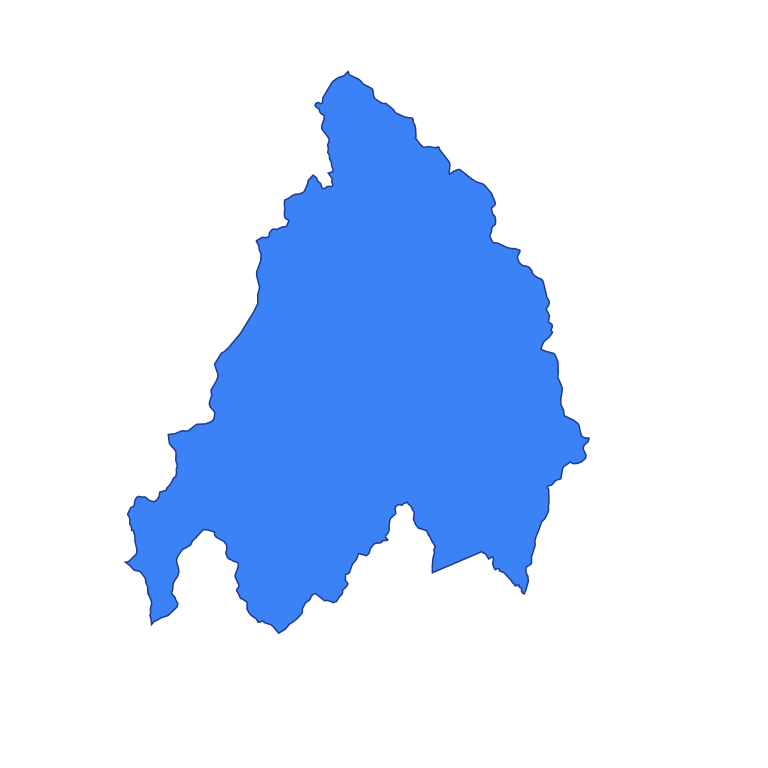 outline of Lam Binh, Tuyên Quang, Vietnam, rotated 15°
{"feature_id": "81297802B83942116722165", "entity_name": "Lam Binh", "entity_type": "district", "adm_level": 2, "iso_a3": "VNM", "parent_name": "Vietnam", "parent_adm1": "Tuyên Quang", "projection": "natural_earth1", "projection_center": [105.222, 22.507], "detail": "fine", "context": "isolated", "style": "filled", "palette": "blue", "viewbox_px": 768, "rotation_deg": 15, "n_neighbors": 0, "source": "geoboundaries", "source_scale": "gbopen_adm2", "svg_char_len": 6161}
<svg xmlns="http://www.w3.org/2000/svg" viewBox="0 0 768 768"><g transform="rotate(15 384 384)"><path d="M265.6,96.6L261.1,99.5L258.8,101.7L255.8,105.8L250.9,123.1L251.7,128.7L249.9,129.7L247.6,129.0L245.5,130.7L245.2,132.5L246.5,134.1L250.1,135.2L252.0,138.3L254.4,139.6L256.4,139.9L257.0,140.9L257.5,144.3L257.0,149.7L257.7,153.3L259.4,155.0L265.5,159.6L267.7,162.0L268.1,164.2L267.6,167.7L269.3,170.8L269.7,174.9L272.1,177.3L273.0,180.4L275.7,183.5L277.1,187.0L279.4,190.3L279.3,192.3L275.5,194.7L280.9,199.1L281.0,202.0L282.8,204.4L283.1,205.6L282.6,206.5L277.9,208.0L276.0,210.6L273.7,211.1L270.8,206.7L267.6,205.2L265.7,202.5L261.5,200.5L258.1,206.9L258.3,211.0L257.2,218.1L256.6,219.5L253.5,222.1L248.9,223.9L246.7,225.7L243.2,230.0L240.9,231.5L240.5,232.4L241.3,236.6L242.8,239.8L243.4,244.1L244.7,248.3L246.5,249.8L250.0,250.7L248.8,257.1L244.7,258.9L240.3,262.6L237.8,262.6L236.4,263.4L235.2,264.9L234.1,268.4L234.9,271.0L232.6,273.0L228.3,273.9L223.7,278.6L223.9,279.4L227.2,282.7L229.1,287.2L231.9,290.5L232.3,293.9L233.1,296.1L232.0,308.5L232.9,312.2L238.9,323.0L238.9,330.6L241.3,338.7L239.5,347.9L232.2,372.4L224.5,389.0L221.1,394.4L219.0,396.2L215.3,408.3L215.3,409.0L220.8,417.2L221.7,419.7L221.2,424.7L218.5,434.8L220.6,440.0L220.1,445.2L220.4,448.4L222.1,451.2L226.7,454.2L228.1,455.6L228.7,461.4L227.9,463.8L225.1,466.6L221.4,468.9L213.5,471.4L206.7,480.2L200.9,481.5L195.0,486.1L188.7,488.6L191.8,496.4L193.8,498.5L199.1,501.8L200.8,504.0L202.7,511.7L205.5,516.4L205.5,520.4L206.4,522.9L206.9,526.8L205.0,529.5L204.6,532.4L203.3,536.7L201.2,540.6L201.0,543.2L195.5,546.3L195.8,550.5L195.4,552.8L194.3,555.1L192.3,557.3L188.3,557.4L185.1,556.3L183.5,555.2L181.6,555.1L180.1,555.8L176.0,556.1L174.6,557.3L173.9,559.2L173.6,562.2L174.1,565.6L173.2,567.6L171.4,568.9L170.1,575.9L170.4,576.7L172.6,578.7L173.5,580.5L174.7,585.2L177.0,587.3L178.1,590.7L180.0,590.7L182.3,594.6L183.3,596.9L183.9,599.9L187.8,607.2L188.7,610.3L188.8,612.1L184.0,620.6L182.8,621.9L180.4,623.1L185.2,625.0L190.8,628.5L196.9,628.2L203.6,633.2L205.4,637.6L207.8,640.4L210.4,647.9L211.2,647.8L211.7,649.1L215.9,654.5L216.5,657.3L216.3,659.4L216.9,663.1L217.9,665.2L217.8,668.1L219.7,671.0L221.7,676.5L223.6,672.5L224.7,672.1L229.1,667.6L235.4,663.5L241.8,652.9L241.7,649.3L239.0,646.8L237.1,644.0L233.6,641.8L232.9,640.7L233.2,638.0L232.0,631.7L232.6,628.2L234.3,623.4L234.6,619.3L233.3,615.4L229.6,609.3L229.1,606.3L229.7,602.7L231.9,596.4L238.8,589.7L239.8,584.8L242.1,581.2L246.1,573.2L247.7,571.3L251.1,570.6L258.5,570.8L259.4,573.6L261.3,575.3L270.1,577.5L273.5,580.2L274.9,583.7L274.9,588.1L277.5,591.9L279.7,593.2L282.7,593.5L284.8,594.3L287.5,594.0L289.7,595.1L290.4,598.5L289.7,607.0L290.2,608.9L295.9,615.9L296.1,617.8L294.9,621.0L295.1,621.8L298.2,624.7L300.7,628.1L304.1,628.7L308.4,630.4L309.8,636.6L312.7,639.8L315.5,641.8L321.8,644.2L324.1,646.7L325.6,646.3L327.6,644.2L330.7,645.5L337.0,645.8L339.8,647.0L346.7,652.0L352.1,646.4L354.9,640.3L358.0,637.1L361.3,632.4L364.3,626.2L363.3,621.9L364.9,615.6L368.1,611.9L368.9,607.3L370.6,604.7L371.9,604.3L374.5,605.1L382.1,608.6L383.5,608.5L385.6,607.5L391.5,608.3L394.5,606.2L395.7,601.8L397.8,597.9L398.0,596.7L397.4,593.8L399.9,589.9L400.8,586.9L400.7,586.0L397.4,583.5L396.2,577.9L398.7,576.5L399.5,574.9L400.1,566.4L402.8,560.4L403.3,554.3L411.5,554.4L413.4,551.5L413.4,546.6L415.4,541.8L416.9,540.2L422.1,538.1L423.7,535.5L427.8,534.2L428.0,533.4L425.2,531.6L424.8,530.3L426.4,527.0L426.8,523.9L425.4,518.8L424.9,514.6L425.1,512.0L428.9,506.2L427.0,501.1L427.2,499.0L428.9,496.9L432.8,496.4L433.8,494.6L437.1,492.2L438.8,493.7L442.0,495.3L444.0,498.0L446.5,500.3L447.5,507.1L450.8,511.4L454.5,514.3L463.1,514.6L466.1,518.4L467.8,519.6L470.6,523.1L475.7,527.8L475.2,529.5L475.2,531.8L476.4,533.6L476.4,539.3L477.7,547.2L479.6,553.8L521.9,520.6L523.5,521.6L524.9,521.5L526.6,522.3L530.5,525.9L532.9,523.3L534.3,523.3L535.3,525.7L535.2,528.6L535.8,530.0L537.3,532.5L539.1,534.4L539.5,534.6L541.5,532.8L543.3,532.7L543.9,534.6L548.4,535.1L556.5,540.0L560.2,543.1L561.7,543.7L562.8,545.0L563.6,544.9L564.3,543.9L565.2,544.1L565.7,543.4L566.3,543.4L567.3,545.1L569.6,545.7L570.6,548.9L572.5,550.4L573.8,550.4L574.4,546.0L574.5,537.2L572.7,532.3L570.0,529.4L569.4,527.9L568.9,525.0L569.4,523.3L572.1,520.6L572.9,519.0L571.2,512.9L571.8,500.7L570.4,496.8L570.3,491.8L571.3,485.4L571.8,477.8L572.2,475.9L574.4,472.2L575.8,464.1L574.4,459.4L574.2,456.3L570.4,443.3L568.3,441.1L568.9,440.0L571.8,438.4L573.2,436.4L573.8,434.3L575.8,431.9L579.4,429.8L578.4,420.7L578.6,418.3L579.5,416.6L584.0,411.3L587.8,411.9L591.5,410.6L594.6,408.3L597.3,404.7L597.9,402.8L597.6,400.5L593.4,395.4L592.9,393.7L593.4,390.9L596.1,386.8L596.2,383.3L591.4,384.1L589.1,383.6L587.9,382.5L585.5,378.6L583.4,374.0L581.5,371.9L576.2,369.8L566.4,368.0L563.9,362.4L560.1,357.9L558.8,353.2L557.7,343.7L556.9,341.3L555.5,339.2L550.1,332.5L549.3,327.7L546.3,317.6L542.3,312.2L540.1,310.5L532.1,310.6L526.7,309.9L526.6,307.9L527.2,302.8L527.8,301.3L531.3,296.2L533.1,291.9L533.2,290.2L531.9,289.3L531.3,288.2L531.7,285.6L531.4,283.9L530.6,282.8L526.8,281.5L526.1,275.1L521.5,270.0L521.4,268.7L522.7,265.4L522.6,262.4L522.2,261.4L518.9,258.0L511.5,244.3L510.6,243.1L508.2,241.8L505.5,241.7L500.8,240.2L498.8,238.6L497.5,236.4L494.7,234.1L493.1,233.5L489.6,233.3L488.7,233.8L487.3,233.7L484.5,232.5L482.2,230.5L480.1,227.4L480.1,225.4L481.1,220.9L480.5,219.7L475.0,219.3L472.8,220.1L467.9,220.4L457.3,218.5L452.5,219.2L448.0,214.0L447.8,212.8L448.4,209.1L447.7,204.9L450.3,200.7L449.4,197.0L448.6,194.7L447.3,193.0L444.9,191.6L442.2,186.5L444.8,182.4L444.7,180.3L438.5,172.0L430.1,166.2L427.8,165.2L420.6,164.8L415.3,163.1L401.8,157.2L399.9,157.7L396.5,160.2L393.0,164.4L392.2,162.9L391.0,155.2L389.8,152.9L377.5,143.5L375.4,140.9L371.9,142.7L366.4,142.9L360.8,145.3L355.8,142.3L350.6,138.1L351.0,137.1L348.3,128.8L347.0,126.3L344.5,123.5L343.7,121.0L342.6,119.8L335.6,120.8L326.1,119.3L324.8,118.9L321.4,116.2L313.2,112.5L310.9,113.2L308.6,113.1L301.8,110.9L300.5,110.0L299.2,108.0L296.9,102.4L294.4,101.4L286.3,99.7L283.0,97.3L280.3,96.0L271.4,94.6L270.2,93.9L268.4,91.5L265.6,96.6Z" fill="#3b82f6" stroke="#1e3a8a" stroke-width="1.5"/></g></svg>